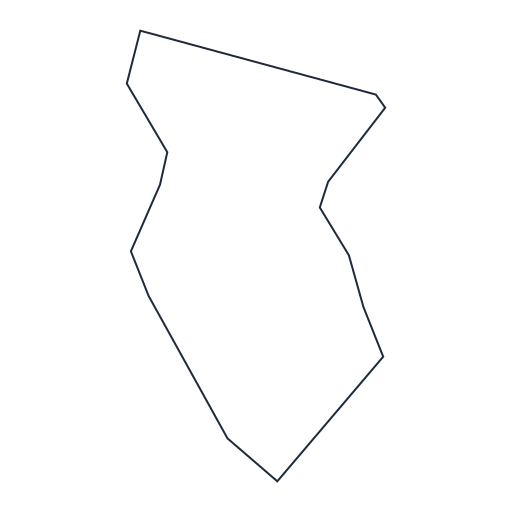 outline of Miklavž na Dravskem polju
{"feature_id": "SVN-228", "entity_name": "Miklavž na Dravskem polju", "entity_type": "Municipality", "adm_level": 1, "iso_a3": "SVN", "parent_name": "Slovenia", "parent_adm1": "", "projection": "equal_earth", "projection_center": [15.713, 46.486], "detail": "fine", "context": "isolated", "style": "outline", "palette": "slate", "viewbox_px": 512, "rotation_deg": 0, "n_neighbors": 0, "source": "natural_earth", "source_scale": "10m", "svg_char_len": 315}
<svg xmlns="http://www.w3.org/2000/svg" viewBox="0 0 512 512"><path d="M140.3,30.7L375.9,94.6L385.2,107.7L328.1,181.8L319.8,207.5L348.9,255.3L363.4,306.9L383.2,356.7L277.3,481.3L227.5,438.4L148.6,295.9L130.9,251.3L160.0,184.7L167.3,152.2L126.8,83.6L140.3,30.7Z" fill="none" stroke="#1e293b" stroke-width="2"/></svg>